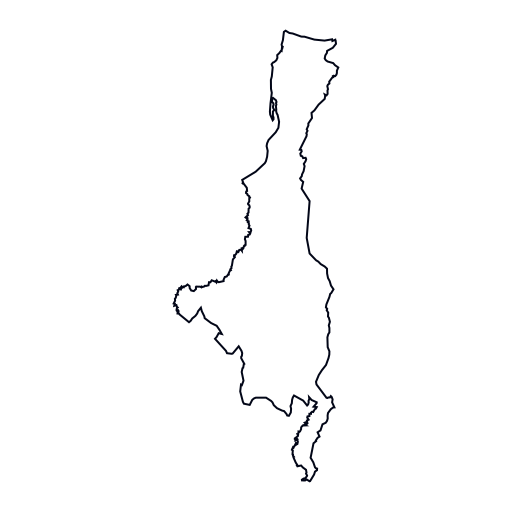 Santa Catalina, Bolívar, Colombia
{"feature_id": "7082276B95820075707853", "entity_name": "Santa Catalina", "entity_type": "district", "adm_level": 2, "iso_a3": "COL", "parent_name": "Colombia", "parent_adm1": "Bolívar", "projection": "natural_earth1", "projection_center": [-75.268, 10.653], "detail": "fine", "context": "isolated", "style": "outline", "palette": "ink", "viewbox_px": 512, "rotation_deg": 0, "n_neighbors": 0, "source": "geoboundaries", "source_scale": "gbopen_adm2", "svg_char_len": 6061}
<svg xmlns="http://www.w3.org/2000/svg" viewBox="0 0 512 512"><path d="M309.6,201.1L301.6,188.6L303.2,181.9L300.9,179.9L300.1,178.4L301.8,176.1L302.0,174.5L303.6,171.2L304.6,166.1L303.8,163.9L305.5,161.3L306.2,159.2L305.6,157.8L303.1,158.1L302.3,156.3L300.8,155.8L300.3,153.6L301.7,151.3L301.3,149.9L299.8,149.7L306.5,136.2L306.8,134.2L306.3,133.2L307.5,130.8L306.7,129.3L308.4,125.4L308.3,123.5L312.0,118.0L311.5,112.9L314.4,110.4L318.6,104.6L324.7,98.9L325.2,95.6L324.8,94.5L326.5,95.4L327.6,93.9L327.5,90.5L328.0,89.2L327.3,86.1L327.9,84.7L329.4,83.5L329.2,81.7L332.2,77.6L332.9,77.3L332.9,76.5L333.5,76.8L333.8,75.8L335.2,76.1L336.4,74.7L336.9,73.0L336.9,70.7L338.3,67.5L335.0,65.2L333.2,63.1L327.6,61.5L325.8,60.2L324.7,58.5L325.3,55.4L326.9,52.9L327.1,50.9L332.8,47.8L336.0,43.8L335.6,40.5L335.1,40.4L335.1,39.8L332.4,41.0L332.1,39.3L324.6,40.6L314.4,39.6L304.5,36.7L301.3,36.6L292.7,33.5L289.4,33.0L285.6,30.7L283.9,31.9L282.9,40.2L281.6,44.5L282.0,46.4L282.7,46.7L282.3,48.3L281.9,48.2L281.6,51.1L280.9,50.9L279.3,53.1L277.2,55.1L277.4,57.9L276.3,60.3L274.3,62.0L272.9,62.6L271.6,64.3L272.7,67.3L271.8,76.5L270.9,79.9L271.0,88.9L271.8,92.8L270.5,103.4L269.9,111.6L270.2,114.6L272.7,120.3L273.5,119.3L273.5,117.4L272.9,115.8L272.9,111.5L274.3,110.0L273.1,107.9L273.0,106.2L273.6,104.8L273.4,103.3L272.1,102.0L272.1,98.5L273.0,97.9L275.9,100.2L276.5,102.0L276.0,103.0L276.4,104.5L275.9,106.0L276.3,109.8L276.1,111.0L276.7,113.3L277.6,114.9L279.1,121.8L278.4,127.8L275.7,132.3L268.6,139.9L267.1,143.3L266.6,146.1L267.7,150.9L267.1,156.8L265.9,161.3L264.8,163.2L255.7,171.7L242.2,179.9L243.2,182.7L242.6,183.2L243.0,183.6L243.4,183.3L246.8,187.8L247.1,191.0L246.2,191.5L246.0,193.0L247.3,194.0L247.6,195.1L249.2,196.2L249.2,197.7L249.4,196.9L250.0,197.5L249.2,198.8L249.3,201.3L248.0,203.7L248.2,204.4L249.3,205.3L249.7,206.8L249.6,207.7L248.6,208.7L248.5,212.6L247.4,213.8L248.0,215.1L245.5,217.4L246.6,218.3L247.4,218.0L247.6,219.1L246.8,220.4L248.6,221.3L247.9,222.3L248.9,223.1L248.8,224.6L249.5,225.6L248.5,228.1L250.8,228.9L251.2,230.4L250.6,232.1L249.1,232.1L250.2,233.5L249.7,234.5L248.2,234.9L248.0,236.7L245.3,236.8L244.9,239.2L245.6,241.0L245.6,244.9L244.7,245.2L244.6,246.0L243.9,246.1L243.4,248.2L243.0,248.7L242.6,248.0L241.6,248.3L241.8,250.7L241.1,249.8L239.3,249.9L238.5,251.7L238.1,251.3L237.6,252.0L236.8,251.5L236.2,253.8L235.1,255.0L234.1,255.2L234.0,256.1L234.6,256.3L234.9,257.1L232.9,259.4L231.9,265.7L231.3,266.8L231.5,268.1L230.3,269.3L230.9,270.2L229.8,270.9L228.8,273.0L228.8,274.6L228.4,274.8L228.2,274.3L226.7,276.5L224.8,277.0L223.6,279.7L223.6,281.1L218.8,282.2L217.8,281.8L216.9,280.6L216.4,282.4L215.4,281.2L215.0,281.6L211.7,280.3L210.4,282.3L209.0,282.2L208.5,285.3L206.2,285.9L204.8,285.8L204.4,286.4L202.5,287.0L201.7,286.6L201.4,287.3L200.2,286.7L196.2,286.6L195.9,287.0L196.0,289.0L193.8,291.1L191.2,290.5L189.7,288.1L189.6,286.2L187.5,284.5L185.6,286.1L183.9,286.4L183.8,287.2L183.3,287.1L182.4,287.7L181.7,287.6L182.1,286.8L181.6,286.3L180.9,287.2L181.2,288.6L180.9,289.5L180.5,289.4L180.0,288.2L179.3,288.1L178.7,289.8L177.7,290.2L178.2,291.6L177.3,293.2L177.9,294.6L176.0,294.9L176.3,295.5L175.8,297.7L174.9,298.8L175.1,300.7L173.7,303.5L174.8,303.8L174.3,305.8L176.4,305.1L176.8,306.6L177.7,307.5L176.9,308.1L176.5,310.1L176.7,310.6L178.1,310.2L178.6,311.1L178.5,311.6L177.6,312.2L177.5,313.5L179.1,313.6L179.5,314.4L189.0,322.2L190.7,320.8L192.2,318.5L195.4,315.9L197.2,313.5L198.1,311.2L200.9,307.7L201.8,311.2L204.3,316.3L204.7,318.2L211.2,323.1L216.7,325.8L219.5,329.9L221.8,334.0L218.7,333.2L216.6,337.0L215.0,338.8L226.0,350.9L227.0,353.2L231.8,353.8L232.7,353.5L238.7,346.3L241.5,350.9L242.2,353.1L241.9,355.8L241.2,356.8L241.2,358.2L244.3,363.9L243.8,364.2L243.2,367.7L242.5,368.2L241.7,372.0L243.5,380.7L241.9,385.1L241.0,384.6L240.2,391.4L242.9,401.8L243.9,403.7L249.7,404.9L252.3,399.8L254.2,398.3L255.8,397.7L266.1,397.7L271.2,401.0L272.5,402.4L273.8,405.2L277.0,408.2L282.1,410.6L284.1,411.1L286.5,414.0L287.2,415.5L288.9,415.8L290.8,412.5L291.1,408.8L290.5,406.1L291.8,403.3L292.1,399.8L292.8,397.5L294.0,395.5L303.2,400.6L307.1,405.5L308.1,404.5L308.7,402.4L308.5,401.0L309.3,398.9L309.1,397.2L311.6,400.0L316.7,402.3L316.6,403.2L313.6,406.7L316.7,407.1L315.9,408.6L314.8,409.2L313.2,412.0L312.2,411.7L311.0,412.7L311.0,413.8L309.4,413.8L309.4,416.1L307.5,416.4L307.2,417.6L308.6,419.7L306.9,420.5L307.4,423.1L306.6,423.2L305.9,422.2L304.7,422.7L306.2,424.4L304.5,424.9L305.5,425.4L303.1,425.5L301.7,426.5L301.1,427.7L301.1,429.2L300.0,431.4L299.2,432.0L298.5,431.6L298.2,434.1L297.4,434.1L298.0,435.7L297.8,436.2L294.8,438.4L294.8,439.0L296.0,439.4L295.6,440.2L296.7,440.0L297.1,438.9L297.6,439.4L297.4,440.3L297.9,441.9L297.5,442.8L297.5,443.8L296.9,444.2L297.0,443.5L296.3,443.1L296.6,444.0L295.5,444.0L294.3,446.4L293.2,446.7L293.1,447.1L293.7,447.2L293.4,448.0L292.5,448.3L291.9,449.8L292.8,450.5L292.5,454.2L293.0,454.5L292.9,455.6L293.7,456.6L293.3,456.7L293.5,457.5L295.8,462.7L297.2,464.8L296.8,465.3L297.4,466.3L301.1,465.5L302.9,467.5L306.0,469.8L306.5,472.5L306.0,473.6L307.1,475.5L306.9,476.2L305.3,478.2L303.5,478.6L301.9,479.7L302.0,480.4L305.0,480.5L306.7,479.5L309.6,481.3L310.1,481.1L314.1,474.5L315.0,471.6L317.0,470.2L317.1,468.6L315.8,468.2L315.0,467.3L313.3,462.3L310.6,457.8L313.5,443.3L316.1,441.1L315.8,440.5L317.6,437.8L319.5,436.6L317.6,432.3L320.5,430.4L322.5,424.3L325.7,422.8L327.0,420.9L327.7,418.6L327.6,415.5L328.0,413.0L330.8,409.2L333.1,407.5L334.4,407.4L332.1,402.3L332.6,399.4L331.7,397.0L330.8,396.1L330.0,397.4L328.2,397.5L327.5,398.0L326.5,397.8L316.5,384.5L316.0,381.8L318.8,375.0L321.9,370.2L326.0,365.0L328.5,358.1L329.3,354.7L329.4,351.3L327.7,347.2L327.4,337.3L328.2,334.3L329.4,332.4L329.4,328.0L328.8,325.4L329.9,321.8L328.9,317.8L328.0,316.5L328.2,312.6L326.7,310.2L327.2,308.9L325.9,307.3L326.4,304.4L329.4,297.0L330.2,293.9L331.2,293.1L333.5,289.3L331.0,285.6L329.7,281.2L328.0,278.0L327.1,273.5L327.0,268.7L324.7,266.5L320.7,264.1L318.3,261.6L316.1,260.3L309.6,253.5L306.7,237.9L309.6,201.1Z" fill="none" stroke="#020617" stroke-width="2"/></svg>